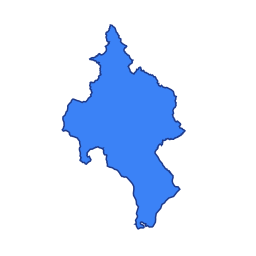 Ucayali, Loreto, Peru, rotated 148°
{"feature_id": "86281439B24501043658018", "entity_name": "Ucayali", "entity_type": "district", "adm_level": 2, "iso_a3": "PER", "parent_name": "Peru", "parent_adm1": "Loreto", "projection": "mercator", "projection_center": [-75.521, -7.291], "detail": "fine", "context": "isolated", "style": "filled", "palette": "blue", "viewbox_px": 256, "rotation_deg": 148, "n_neighbors": 0, "source": "geoboundaries", "source_scale": "gbopen_adm2", "svg_char_len": 5821}
<svg xmlns="http://www.w3.org/2000/svg" viewBox="0 0 256 256"><g transform="rotate(148 128 128)"><path d="M85.8,198.0L85.8,198.6L86.5,199.4L88.1,202.7L88.6,205.1L88.0,205.6L86.9,207.3L87.8,209.0L87.8,210.0L86.7,210.9L87.1,213.0L86.7,213.5L86.7,214.1L87.1,215.5L86.1,219.3L86.2,220.6L86.9,221.7L87.1,223.4L88.4,224.7L89.3,223.5L89.8,223.5L90.7,222.2L91.4,222.2L92.1,221.0L94.6,220.2L95.2,220.6L96.0,220.4L97.1,219.3L96.8,218.7L97.0,218.1L97.4,217.4L98.1,217.1L98.6,216.4L98.9,214.8L99.7,213.2L99.4,211.8L98.3,210.9L99.3,210.4L99.1,209.9L99.3,209.7L100.2,209.9L100.9,209.2L103.9,209.2L103.8,208.4L104.5,206.2L105.8,204.8L108.7,203.9L110.5,203.8L111.8,204.1L112.5,204.9L112.4,205.3L112.8,206.1L113.4,206.0L113.6,206.3L114.5,206.1L115.3,205.5L116.2,205.5L116.6,206.0L117.7,205.4L119.4,205.8L120.0,205.7L120.4,206.2L121.3,206.7L122.1,206.7L122.5,206.5L122.8,206.8L123.3,206.5L123.6,206.8L123.9,206.8L123.9,206.2L123.0,205.6L122.5,204.9L121.8,204.7L121.6,204.1L121.1,203.9L120.9,202.8L120.0,202.3L119.7,201.7L119.7,200.7L119.9,200.0L119.6,199.5L118.5,199.6L117.8,198.8L118.8,198.4L118.7,198.0L119.0,197.3L118.2,195.7L119.2,194.0L120.3,193.2L120.2,192.7L121.2,191.7L121.4,190.4L122.6,189.3L122.5,188.5L122.7,188.3L122.5,187.9L123.2,187.4L124.0,187.7L125.3,187.5L125.8,187.1L125.9,186.3L126.8,185.5L127.3,185.5L128.8,184.8L130.3,185.5L131.2,185.3L132.1,184.6L132.7,184.6L133.8,185.3L134.1,185.3L134.6,186.1L135.5,186.6L136.3,186.3L136.2,185.6L137.8,184.5L138.0,183.6L137.8,182.9L138.3,182.7L138.3,182.1L139.4,181.4L139.4,180.9L138.9,179.6L139.3,179.4L139.6,178.5L139.6,177.3L140.3,176.9L140.8,176.4L142.0,176.2L142.4,174.6L145.9,174.2L147.4,173.3L149.9,172.6L151.7,174.0L153.3,173.9L155.3,176.9L156.6,178.2L158.7,181.1L159.4,181.7L159.9,181.7L161.2,181.3L162.9,180.0L164.3,179.9L167.0,178.9L167.5,178.5L168.2,177.2L170.4,174.7L171.6,174.6L174.5,172.3L177.2,171.9L178.4,170.2L178.8,169.3L179.2,166.8L181.1,163.5L181.9,163.1L183.1,161.9L184.7,161.3L184.5,159.8L184.0,159.4L182.9,159.4L182.4,158.9L181.9,158.9L180.3,156.0L180.2,154.6L180.8,154.2L181.0,153.5L180.7,151.4L179.7,150.8L179.2,150.0L178.5,149.4L176.2,146.3L176.3,144.4L176.0,143.3L176.2,142.0L177.0,140.8L178.0,137.6L178.5,137.2L179.5,136.9L180.4,135.9L181.0,134.5L181.4,132.5L181.9,131.9L182.0,131.3L183.5,129.7L183.4,128.0L184.0,127.6L184.4,126.8L184.9,126.8L185.8,126.0L185.7,125.3L185.0,124.6L184.8,122.9L183.2,121.8L183.2,120.2L182.4,119.4L181.3,119.8L179.2,120.1L177.4,119.9L176.2,120.8L176.1,123.5L175.8,124.4L177.4,124.8L177.4,126.5L176.3,127.5L176.1,128.4L175.7,128.7L171.3,130.0L169.4,129.0L166.6,128.8L166.0,128.6L165.5,128.8L165.2,128.4L163.3,128.0L162.8,126.5L162.0,125.8L160.8,124.2L160.1,124.0L160.5,123.8L160.4,122.0L161.5,120.6L162.1,118.8L161.9,117.5L160.5,116.6L160.4,116.2L163.1,113.0L163.6,110.6L164.1,110.1L164.6,108.2L165.7,106.7L164.3,104.5L162.3,102.6L161.2,100.0L160.1,99.0L159.6,98.1L159.2,96.8L159.0,94.3L159.1,91.8L158.9,90.2L158.0,89.6L157.3,88.4L155.8,87.7L155.1,86.7L153.9,79.6L153.8,77.9L154.1,75.3L155.4,73.0L158.0,69.8L159.0,67.8L159.3,63.2L159.8,61.5L161.2,58.8L160.9,55.6L166.0,51.2L166.4,50.3L166.4,48.8L167.2,47.4L170.4,45.8L170.7,45.3L170.9,43.8L171.4,43.4L171.8,42.5L172.8,42.6L172.4,42.1L172.3,41.5L172.8,40.5L173.0,38.1L173.0,37.4L172.7,37.0L170.2,36.7L168.2,35.3L167.6,35.1L167.0,35.3L166.6,36.0L166.6,37.0L167.1,38.2L168.0,39.3L168.2,40.1L167.7,41.1L167.2,41.3L166.5,41.2L165.6,40.3L165.1,38.5L163.6,37.4L163.8,36.9L164.6,36.6L164.8,36.1L164.9,35.1L163.2,34.9L162.4,32.8L159.9,31.3L158.8,31.4L154.7,33.6L152.9,36.0L152.1,37.5L149.3,40.6L142.8,42.6L139.7,45.2L136.6,45.2L134.8,46.1L130.5,47.0L125.6,45.8L120.5,47.7L116.5,48.6L116.7,51.5L118.8,53.1L119.3,54.1L119.3,57.5L118.7,59.3L117.8,60.6L116.1,62.1L115.1,63.8L115.5,64.9L115.5,66.0L116.0,66.8L115.5,67.9L115.7,68.4L116.2,68.5L115.8,69.8L116.4,70.1L116.5,70.7L117.1,71.8L116.8,72.5L117.8,73.6L117.9,76.4L118.2,77.7L117.8,79.8L118.4,83.7L118.0,87.5L118.4,91.8L118.4,92.3L117.6,93.5L115.5,94.5L114.3,94.6L113.4,95.1L113.6,95.4L113.3,95.9L112.7,95.9L112.0,96.7L110.6,97.3L109.4,97.4L108.9,96.8L108.8,95.6L108.5,95.8L107.7,95.8L107.1,96.3L106.8,97.5L105.9,97.6L105.6,98.7L104.9,99.2L104.5,98.6L103.3,98.0L102.4,97.9L101.9,98.4L101.7,98.1L101.4,98.2L100.7,98.0L100.4,98.2L99.5,97.8L99.3,97.0L98.6,96.5L98.8,96.2L98.6,96.0L97.3,96.2L97.3,95.7L95.3,94.3L94.2,94.6L93.3,94.4L93.0,94.7L92.1,94.2L91.0,94.0L90.7,94.2L90.5,93.9L89.7,94.1L88.9,93.9L88.6,94.2L87.1,93.7L86.1,94.5L85.8,94.1L85.1,94.4L84.7,94.2L84.1,94.5L84.0,94.9L83.0,94.9L81.2,95.4L81.5,96.6L82.4,97.9L82.4,98.9L84.0,100.7L83.6,101.5L83.7,102.2L81.6,103.0L81.3,103.9L82.4,107.6L82.6,107.8L83.4,107.4L84.2,108.2L84.4,110.1L83.9,110.6L84.1,110.9L83.8,112.5L84.0,113.4L83.4,114.7L83.2,115.8L82.1,116.0L81.6,116.3L80.7,119.0L78.9,120.3L77.9,120.6L77.2,120.5L75.1,121.9L74.9,122.9L74.0,123.7L74.3,123.9L73.5,126.3L72.1,127.2L71.5,128.3L70.4,129.1L71.6,130.8L70.2,134.9L71.0,137.4L73.5,141.6L74.3,142.2L75.2,142.4L75.9,143.5L76.5,143.8L77.0,146.4L78.6,146.1L78.9,147.5L79.4,147.8L79.0,149.2L78.4,149.5L79.2,150.2L79.2,151.0L78.2,151.7L77.9,152.3L78.1,155.2L77.8,155.9L77.9,157.2L78.9,157.6L79.1,159.9L80.2,160.3L80.7,161.6L81.8,161.9L82.2,163.6L83.3,165.0L83.2,165.4L84.2,166.2L84.5,167.5L84.2,168.2L84.3,168.6L85.5,168.7L86.4,169.8L85.7,170.4L85.7,171.7L85.3,172.0L85.2,172.9L85.8,173.2L87.0,173.3L88.1,172.5L88.8,172.4L89.6,173.1L90.1,172.4L91.8,171.5L92.7,171.5L94.3,170.7L94.9,171.5L94.9,171.9L95.7,172.7L95.7,173.7L96.2,174.2L95.9,175.6L95.6,176.0L95.2,180.1L94.6,180.0L94.2,180.7L93.2,180.6L92.3,181.1L91.8,180.9L90.1,181.0L89.5,181.6L89.5,182.1L88.0,182.9L88.8,183.5L88.7,184.0L89.2,185.2L89.1,185.9L89.3,186.4L88.7,188.7L89.1,189.7L89.7,190.1L89.9,191.9L90.6,193.5L90.2,194.0L90.5,195.3L90.1,196.4L89.1,197.2L88.5,197.3L88.2,197.7L87.3,197.4L85.8,198.0Z" fill="#3b82f6" stroke="#1e3a8a" stroke-width="1.5"/></g></svg>